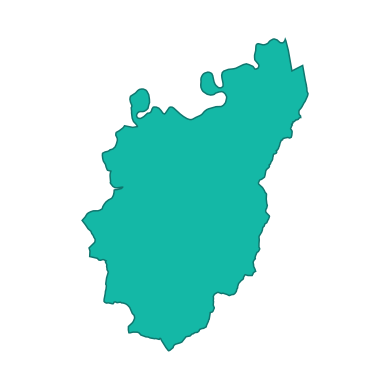 Brateiu, Sibiu, Romania, rotated 5°
{"feature_id": "2599482B71061319196345", "entity_name": "Brateiu", "entity_type": "district", "adm_level": 2, "iso_a3": "ROU", "parent_name": "Romania", "parent_adm1": "Sibiu", "projection": "albers", "projection_center": [24.424, 46.155], "detail": "fine", "context": "isolated", "style": "filled", "palette": "teal", "viewbox_px": 384, "rotation_deg": 5, "n_neighbors": 0, "source": "geoboundaries", "source_scale": "gbopen_adm2", "svg_char_len": 6039}
<svg xmlns="http://www.w3.org/2000/svg" viewBox="0 0 384 384"><g transform="rotate(5 192 192)"><path d="M215.4,326.8L217.9,325.1L218.1,323.6L219.6,319.3L219.8,317.8L220.2,317.3L220.7,310.5L222.7,309.7L223.2,309.1L224.3,305.7L224.2,305.1L223.8,304.5L223.0,302.8L223.0,299.2L222.7,298.6L222.7,296.1L222.3,294.2L223.2,292.0L225.9,289.9L227.0,289.7L230.1,290.6L231.5,290.1L232.2,290.2L236.1,291.1L237.6,291.8L238.2,291.9L240.5,290.8L242.4,290.4L243.6,289.3L244.8,287.2L245.2,284.7L245.8,283.6L245.7,282.3L246.4,279.1L248.7,276.0L250.3,274.6L250.7,273.9L250.8,272.3L252.0,269.9L252.3,269.7L254.9,270.3L259.1,270.0L259.3,269.8L259.5,268.8L259.9,268.4L260.0,267.5L260.9,266.4L261.5,265.9L262.3,265.5L261.5,263.5L259.9,260.7L259.7,259.2L259.0,256.6L259.6,254.7L260.9,253.0L260.8,252.5L260.5,252.1L260.9,249.8L262.0,246.5L263.3,245.5L264.3,243.3L264.4,242.7L264.0,241.8L263.5,241.1L263.2,237.1L263.2,233.9L262.7,231.3L262.7,230.2L264.9,225.8L265.4,223.8L265.6,221.2L266.9,219.7L267.3,217.6L269.2,216.0L270.0,213.5L270.6,212.4L271.3,209.6L271.1,209.0L268.1,206.4L267.3,205.5L267.1,204.7L267.0,203.8L267.2,202.8L267.8,201.5L268.2,198.7L267.5,197.1L266.6,192.6L266.4,187.6L265.9,186.9L265.0,186.2L263.9,184.2L261.8,181.4L257.8,178.4L257.5,177.6L257.4,176.9L258.3,174.4L258.8,173.9L260.2,173.3L262.9,170.9L263.3,168.8L263.7,164.2L265.1,162.1L266.1,161.3L266.8,160.2L266.9,159.2L266.5,158.6L266.5,158.2L267.6,157.3L268.1,155.3L269.0,153.7L269.5,152.0L269.4,150.8L269.7,149.7L269.7,148.5L270.0,147.3L272.4,146.1L272.8,145.4L272.9,144.8L272.3,143.6L272.5,143.3L273.0,143.2L274.3,141.2L274.4,140.3L275.0,138.5L275.5,135.4L276.5,132.6L277.6,132.2L278.1,130.8L279.9,130.1L282.6,129.3L284.7,129.7L286.1,128.8L286.5,126.7L286.5,123.5L286.4,122.7L285.5,121.3L284.8,120.8L284.7,120.2L285.7,117.1L285.4,116.2L285.8,116.2L285.6,115.8L285.9,115.7L285.9,115.3L286.3,114.8L286.2,114.4L286.6,114.1L286.6,113.2L287.8,112.9L289.3,111.0L290.1,111.1L290.3,110.7L291.4,110.4L292.5,108.8L293.0,108.6L293.3,108.3L293.8,108.3L293.5,106.8L292.6,106.1L291.8,104.8L291.6,103.8L291.5,101.9L291.8,101.0L293.2,99.1L294.1,97.5L295.8,93.5L296.8,91.8L298.7,86.3L299.0,84.3L299.0,83.8L297.8,81.8L297.3,78.3L296.7,76.4L296.7,75.8L295.2,71.2L291.2,56.3L281.0,62.7L275.6,42.5L272.3,33.1L271.6,31.8L271.4,32.8L270.4,34.7L269.2,35.6L267.1,35.6L266.4,35.3L263.5,33.1L260.7,32.4L259.5,32.6L256.9,34.3L256.0,35.2L254.6,37.3L252.4,38.6L250.8,39.1L249.7,39.2L245.5,38.5L244.8,38.5L243.6,39.2L243.2,39.9L243.0,41.0L243.1,45.7L242.4,50.2L242.6,52.5L243.0,54.6L243.4,55.3L246.9,58.8L247.6,59.9L247.6,61.2L247.1,62.5L246.8,63.0L245.2,63.9L243.9,64.0L241.9,61.7L241.1,61.3L237.5,60.1L235.0,59.6L232.1,60.6L224.9,64.9L222.5,65.7L217.5,66.7L213.1,68.8L211.8,70.4L211.4,73.1L211.9,75.8L213.4,80.8L213.6,82.2L213.7,83.6L213.5,84.3L212.4,85.3L211.4,85.8L209.4,85.8L206.7,83.9L205.5,82.5L204.3,80.2L202.5,74.3L201.4,72.4L201.0,72.1L199.0,71.3L197.3,71.2L194.4,72.4L193.2,73.3L192.4,74.4L191.7,75.8L191.1,77.7L191.1,79.4L191.4,81.4L191.4,84.7L191.8,87.0L193.0,89.3L194.0,90.6L195.1,91.4L198.6,93.3L202.1,93.8L204.4,93.3L205.7,92.7L206.8,91.5L210.1,90.0L212.7,89.4L214.0,89.6L215.7,90.6L216.8,91.7L218.2,94.0L218.3,95.4L217.8,98.9L217.5,100.2L215.8,102.8L213.7,104.3L208.6,104.9L201.3,107.7L199.5,108.7L197.4,110.6L195.3,113.6L193.8,114.9L189.3,117.4L186.2,119.5L184.7,120.0L183.2,120.0L180.7,119.4L177.0,117.6L173.5,115.4L166.6,110.1L165.1,109.3L163.5,109.2L162.1,109.7L158.6,115.9L157.8,116.7L156.2,116.1L154.1,113.6L151.7,111.4L148.9,110.5L146.5,110.7L145.9,111.0L145.6,111.6L145.1,112.4L144.3,115.4L143.5,116.5L142.4,117.1L140.8,117.4L137.6,121.0L135.0,122.9L133.8,123.3L132.1,123.2L131.0,122.6L130.2,121.2L130.1,120.4L130.3,119.3L131.1,117.8L131.9,117.0L133.4,116.4L136.0,116.2L137.6,115.6L139.3,114.3L140.8,112.6L141.4,108.6L141.9,106.6L141.5,103.3L140.4,98.9L138.4,95.7L137.1,94.5L134.6,93.7L132.9,93.8L130.7,94.4L129.1,95.7L127.1,98.3L122.4,102.0L122.1,103.7L122.1,105.2L122.9,107.9L124.5,110.9L124.6,112.3L124.1,113.3L124.2,114.0L124.8,116.9L124.9,118.6L126.0,123.7L127.6,126.9L130.0,129.0L131.8,131.0L131.9,131.6L127.3,132.8L119.0,131.9L118.3,133.3L117.3,134.5L114.2,137.3L111.4,139.2L111.1,140.0L111.1,142.0L112.8,144.9L113.1,146.4L113.1,147.5L112.4,151.1L111.4,153.9L109.2,156.2L106.7,157.1L105.7,158.1L104.6,158.8L101.9,159.7L99.8,161.0L99.5,161.4L99.5,163.3L100.1,166.3L101.0,168.9L103.4,172.1L104.3,174.7L105.5,177.1L106.0,177.7L109.4,178.3L109.0,180.0L108.9,181.8L109.0,183.2L110.0,189.1L109.8,189.8L110.1,190.5L112.6,193.2L114.6,194.3L116.7,194.4L122.1,193.2L122.5,193.2L122.5,193.4L121.3,194.7L117.0,196.2L115.4,196.4L114.3,196.9L114.4,199.1L114.0,202.1L112.9,204.8L111.8,205.8L109.5,207.2L107.1,209.5L105.6,211.9L104.5,214.2L104.0,216.6L101.7,218.2L100.0,218.9L95.3,219.4L92.6,220.6L90.5,221.9L89.3,223.1L87.7,226.3L85.0,229.9L88.6,233.8L91.7,237.7L94.7,239.9L95.7,242.0L97.4,244.0L98.2,245.6L99.6,247.5L99.7,248.5L99.6,250.2L99.3,250.8L94.3,256.7L95.5,259.7L95.7,265.2L103.4,266.3L105.2,267.9L106.8,268.0L109.0,267.1L110.0,267.1L112.4,268.1L111.9,268.7L111.9,269.3L113.4,271.7L113.5,272.4L113.4,273.4L114.1,276.1L114.1,276.8L115.3,278.4L115.5,279.0L115.4,280.1L114.4,284.9L114.1,290.3L114.1,291.4L114.6,292.1L114.9,293.0L114.8,296.3L114.4,298.4L114.4,300.7L113.8,306.6L113.9,308.6L114.7,309.4L116.3,310.1L118.5,309.7L122.3,310.3L123.3,310.1L124.0,308.6L125.1,308.1L127.0,308.8L130.2,308.0L131.5,308.6L133.2,308.6L135.5,309.1L137.6,310.2L140.0,312.4L143.2,318.3L145.2,320.0L145.8,322.3L145.7,323.3L144.8,326.1L143.9,327.6L140.4,331.5L140.4,331.8L140.6,334.9L141.4,337.7L142.5,337.7L145.5,336.7L149.7,336.4L151.2,336.8L152.1,337.5L153.5,338.9L158.6,340.3L161.1,340.3L162.9,341.0L167.5,341.4L168.8,341.1L172.1,341.7L172.4,341.5L172.8,340.6L173.2,340.6L173.6,340.8L174.5,342.4L179.6,349.2L182.1,351.9L182.7,352.2L183.9,351.5L186.7,348.7L187.0,347.2L187.7,345.9L189.0,345.0L193.3,343.3L195.0,342.3L198.7,336.7L202.6,335.6L204.4,333.5L205.8,333.0L206.9,331.9L209.6,331.3L210.6,330.4L211.3,329.5L211.5,328.3L213.7,327.2L215.4,326.8Z" fill="#14b8a6" stroke="#0f766e" stroke-width="1.5"/></g></svg>